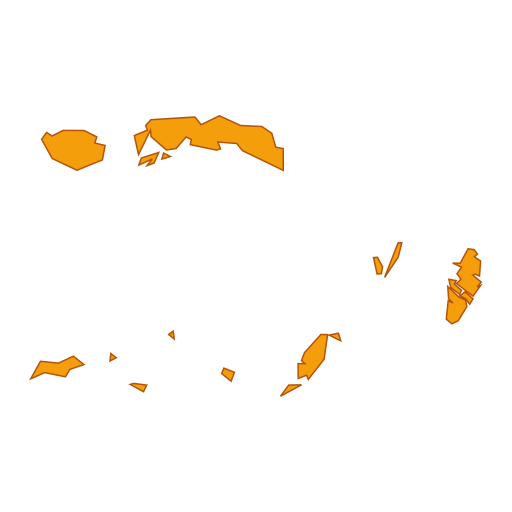 SVG path tracing the border of Maluku
{"feature_id": "IDN-554", "entity_name": "Maluku", "entity_type": "Province", "adm_level": 1, "iso_a3": "IDN", "parent_name": "Indonesia", "parent_adm1": "", "projection": "mercator", "projection_center": [130.68, -5.566], "detail": "medium", "context": "isolated", "style": "filled", "palette": "amber", "viewbox_px": 512, "rotation_deg": 0, "n_neighbors": 0, "source": "natural_earth", "source_scale": "10m", "svg_char_len": 1931}
<svg xmlns="http://www.w3.org/2000/svg" viewBox="0 0 512 512"><path d="M283.2,148.6L283.3,170.4L242.4,150.6L236.8,143.5L217.8,142.0L220.5,148.9L216.6,150.1L190.3,144.7L191.3,139.5L186.1,137.0L176.1,148.5L166.4,150.0L151.1,136.6L150.5,130.2L138.5,154.6L134.3,135.5L147.4,130.2L145.7,125.4L151.0,119.7L194.9,117.0L201.1,124.7L219.3,115.8L240.6,125.5L261.8,126.5L271.8,133.3L275.7,147.1L283.2,148.6ZM105.1,145.5L102.4,159.9L76.9,170.2L52.2,158.5L41.6,139.3L46.6,132.5L52.1,136.0L63.1,130.4L84.1,130.5L96.8,136.9L94.8,143.0L105.1,145.5ZM480.6,285.5L473.0,296.2L456.5,283.5L461.0,279.3L457.0,273.7L461.6,267.2L452.7,263.1L460.2,263.2L468.1,248.8L474.1,249.6L477.5,254.1L474.4,256.8L480.6,261.0L479.5,276.0L475.4,274.2L472.7,275.1L481.3,282.1L477.2,287.0L480.6,285.5ZM327.6,334.6L324.1,359.2L308.3,379.4L306.6,375.2L298.2,378.5L298.1,363.6L304.9,363.6L301.5,360.7L304.5,352.6L320.9,334.5L327.6,334.6ZM83.9,364.6L70.0,369.3L65.4,376.8L44.7,372.6L30.7,378.8L40.5,361.3L58.5,363.1L73.4,356.2L83.9,364.6ZM466.9,306.5L458.2,320.8L451.9,323.8L446.3,319.2L448.2,300.7L453.1,303.1L448.6,298.7L447.8,286.6L459.1,297.2L465.5,300.0L466.9,306.5ZM158.7,152.5L154.0,163.1L147.1,165.6L152.3,158.9L138.8,165.1L141.4,158.0L158.7,152.5ZM234.4,372.3L231.1,381.2L221.6,373.5L223.9,368.1L234.4,372.3ZM401.8,242.8L398.2,257.2L384.6,277.4L398.1,242.9L401.8,242.8ZM382.6,266.8L381.3,273.7L377.1,274.0L373.5,257.6L377.4,257.3L382.6,266.8ZM461.5,290.3L459.5,294.3L450.7,287.4L448.9,279.3L456.2,280.6L454.3,284.1L461.5,290.3ZM146.7,385.1L143.5,391.7L130.2,384.4L133.8,383.4L146.7,385.1ZM473.0,298.8L469.7,304.2L465.8,298.9L460.0,295.7L465.0,291.9L473.0,298.8ZM288.7,385.1L301.5,384.8L280.5,396.2L288.7,385.1ZM338.4,333.2L340.7,340.8L329.1,335.1L338.4,333.2ZM173.2,331.1L174.2,339.0L168.7,334.5L173.2,331.1ZM163.6,153.1L170.4,156.5L161.8,159.1L163.6,153.1ZM110.8,353.5L116.2,357.7L110.0,361.0L110.8,353.5Z" fill="#f59e0b" stroke="#b45309" stroke-width="1.5"/></svg>